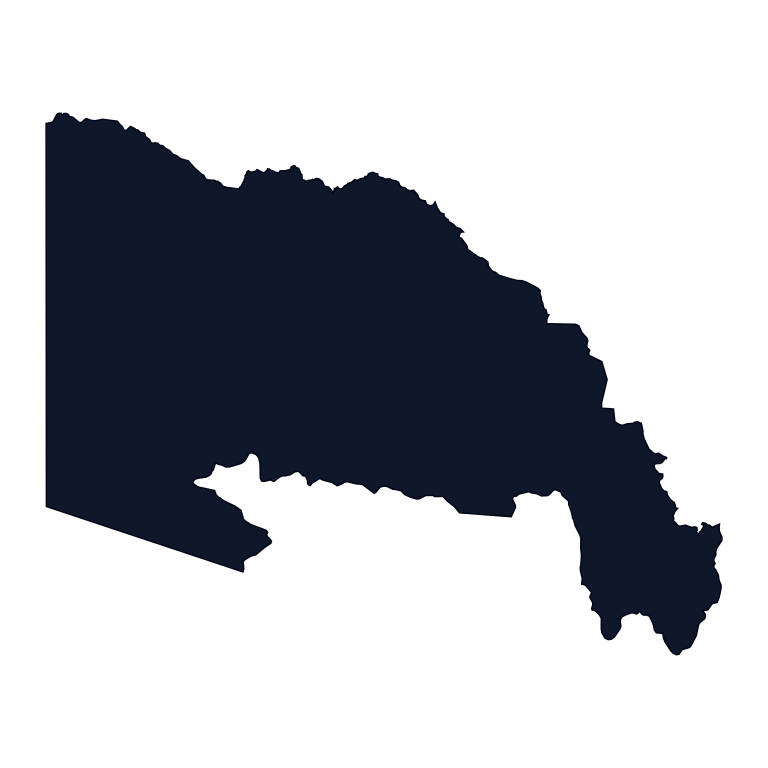 the district of Lagaip/Pogera District, Enga, Papua New Guinea
{"feature_id": "67681753B66216026756118", "entity_name": "Lagaip/Pogera District", "entity_type": "district", "adm_level": 2, "iso_a3": "PNG", "parent_name": "Papua New Guinea", "parent_adm1": "Enga", "projection": "orthographic", "projection_center": [143.276, -5.41], "detail": "fine", "context": "isolated", "style": "filled", "palette": "ink", "viewbox_px": 768, "rotation_deg": 0, "n_neighbors": 0, "source": "geoboundaries", "source_scale": "gbopen_adm2", "svg_char_len": 6111}
<svg xmlns="http://www.w3.org/2000/svg" viewBox="0 0 768 768"><path d="M46.1,123.5L46.4,506.5L242.9,571.9L243.8,568.8L243.1,561.7L245.1,559.5L251.0,556.1L255.8,554.8L264.6,547.4L270.8,543.3L271.5,541.3L269.8,538.8L267.3,536.6L266.7,534.7L267.7,532.3L265.9,530.2L250.9,524.6L245.4,521.1L243.5,519.4L241.0,510.4L235.1,506.2L225.2,501.5L221.6,499.3L220.3,497.9L218.6,497.3L216.1,494.9L214.6,490.5L197.7,486.9L193.4,483.6L192.9,482.0L193.5,480.7L195.4,479.1L198.7,478.1L206.0,477.1L209.1,475.6L211.1,473.8L211.8,471.5L213.3,469.8L215.2,463.7L216.6,463.3L217.8,464.1L222.4,465.2L225.7,467.0L229.5,466.9L238.1,464.4L241.4,463.3L244.2,461.4L246.1,459.0L248.8,453.6L251.6,452.7L255.9,454.5L257.4,455.9L258.8,458.1L260.0,463.5L260.3,478.1L261.6,481.0L264.3,481.4L270.5,479.9L273.8,481.5L279.9,476.8L283.0,475.7L285.1,475.9L290.3,474.7L295.3,471.6L298.2,471.4L299.7,472.2L302.9,475.8L305.0,476.0L306.4,477.6L307.5,480.5L307.6,483.2L308.4,484.8L310.2,485.6L312.0,483.2L319.7,478.4L323.0,480.1L331.8,482.4L337.2,485.7L340.8,484.4L344.5,482.2L347.6,481.7L355.9,483.8L362.3,484.3L374.2,493.3L375.9,492.2L380.2,487.0L384.0,486.1L387.5,486.6L392.8,489.3L395.0,489.3L401.1,490.8L404.8,494.6L410.0,497.0L416.5,498.9L419.1,498.9L425.7,495.5L432.9,495.4L434.8,496.6L443.0,496.4L447.0,500.8L454.1,506.3L459.6,512.8L511.2,516.7L515.5,507.4L515.3,505.1L512.7,500.1L512.5,498.0L514.0,496.3L516.5,496.1L518.7,494.1L528.8,491.7L531.6,492.9L536.4,493.6L541.5,495.9L547.6,495.6L550.0,493.9L552.8,490.7L555.1,489.5L561.0,492.1L561.8,494.7L562.9,496.0L568.6,501.0L568.8,504.9L571.5,512.1L572.6,517.9L573.8,520.4L575.1,525.6L580.0,535.1L580.9,538.6L580.8,548.6L581.5,555.4L580.9,564.3L580.3,567.4L580.5,570.9L582.3,578.6L581.7,584.3L583.8,584.4L585.9,585.7L591.6,592.4L589.8,597.1L592.8,602.9L592.7,605.5L591.7,608.1L592.0,609.9L594.8,610.6L597.4,612.8L599.7,615.2L601.3,618.4L601.3,629.1L601.9,632.7L605.0,638.2L608.3,639.6L611.5,639.2L614.5,636.9L619.7,629.3L620.9,626.3L620.3,622.1L620.4,619.5L621.9,616.9L625.3,615.0L631.7,612.8L633.7,612.9L636.4,614.0L638.5,612.7L639.7,611.0L641.7,614.0L643.5,615.1L646.9,615.0L649.6,616.5L653.0,623.5L654.5,630.2L656.4,632.8L661.9,633.3L663.0,634.2L663.4,637.5L664.9,641.7L670.9,650.9L672.9,653.0L676.3,654.7L679.0,654.3L682.2,649.6L689.6,647.4L691.5,644.8L696.3,635.5L698.6,624.5L700.5,621.9L704.6,618.8L705.4,616.4L705.3,614.3L703.0,611.0L704.2,610.3L706.4,610.4L708.1,609.6L711.6,604.4L713.3,603.3L717.1,602.5L719.1,597.4L721.0,588.7L721.1,585.3L719.0,580.2L718.3,575.0L715.7,569.9L713.8,567.8L713.9,565.2L715.1,563.6L713.8,561.1L713.9,558.9L715.9,554.8L715.7,551.3L716.8,548.1L721.9,540.4L721.9,537.1L719.4,531.3L719.1,527.6L719.5,524.1L713.7,526.6L712.6,527.5L709.3,525.1L707.5,525.0L705.6,523.3L702.5,522.7L701.8,524.4L703.7,525.3L703.4,527.4L701.9,529.3L701.3,531.0L699.6,532.0L699.2,534.6L696.0,531.7L697.2,530.3L696.8,527.5L695.1,526.9L691.7,527.4L685.2,525.2L679.4,526.3L677.3,525.0L675.8,522.9L673.3,520.7L673.8,518.5L673.1,515.6L674.7,511.9L677.6,508.4L675.5,507.9L675.2,505.1L674.2,502.5L671.2,500.4L669.2,497.9L667.3,494.9L666.7,491.7L663.9,490.9L661.8,488.7L659.1,482.5L659.8,480.1L662.1,478.5L662.8,476.8L662.7,474.1L658.2,473.3L657.4,471.5L655.4,469.9L654.1,466.7L654.3,464.4L656.4,463.6L659.9,463.5L662.0,462.6L665.1,458.7L666.4,458.7L666.6,457.5L663.1,456.1L658.4,453.1L656.0,454.0L653.4,453.1L649.0,449.1L644.4,439.6L642.9,434.2L642.9,430.8L641.3,423.3L637.7,421.9L634.9,422.1L633.0,423.4L627.6,423.7L622.6,425.3L620.0,424.8L614.9,421.8L613.5,409.0L601.6,408.2L601.6,402.6L607.1,379.7L601.8,361.7L591.1,356.3L589.2,355.8L588.7,353.1L589.7,350.5L589.0,349.2L587.5,348.4L586.7,345.9L587.7,340.5L586.9,338.1L582.1,332.9L578.8,325.8L575.7,324.3L546.6,323.7L546.9,318.9L548.8,314.8L547.7,314.7L546.8,313.4L546.0,309.8L544.4,309.1L543.4,306.8L542.8,303.5L541.5,300.5L541.0,296.4L539.8,293.7L540.3,290.6L537.7,288.1L526.2,282.1L522.2,280.7L517.1,280.5L509.7,278.6L498.8,275.2L495.7,272.5L491.7,270.7L488.3,266.0L487.9,262.0L482.5,258.0L480.3,257.8L477.9,256.7L467.6,249.4L467.1,246.3L465.6,243.9L461.4,238.3L458.9,237.4L460.3,232.3L463.4,231.9L460.4,228.8L455.9,227.1L453.6,224.6L448.5,221.3L448.1,219.5L446.6,218.9L444.1,216.6L443.9,213.8L440.7,212.9L439.6,211.5L437.4,208.0L435.1,202.0L433.1,204.9L430.5,205.8L427.1,204.6L426.2,203.7L425.4,200.9L421.8,200.2L419.8,199.2L418.6,197.6L417.7,194.9L413.6,190.2L411.7,190.5L410.4,191.3L409.6,190.5L407.2,189.9L405.2,187.9L402.0,187.2L399.8,185.5L398.5,182.2L395.9,180.8L392.3,180.2L390.1,178.9L384.9,179.0L383.2,177.9L378.3,176.7L377.5,173.7L375.2,173.5L373.1,172.3L369.4,173.3L368.3,174.1L367.4,176.4L365.0,176.5L364.7,177.8L359.8,179.0L357.1,180.5L354.9,179.4L351.4,182.4L347.9,183.4L347.7,184.3L344.5,185.9L342.6,188.4L339.7,189.2L337.6,187.0L336.9,187.1L335.4,188.9L334.4,188.5L334.0,190.9L332.7,192.8L331.9,190.7L328.6,187.0L324.5,186.3L322.2,181.3L319.1,179.0L316.2,178.4L313.8,179.8L312.6,179.3L310.9,180.4L308.5,180.2L307.8,180.8L305.6,181.3L304.6,180.3L302.2,179.6L301.9,174.6L301.0,174.0L298.9,168.9L298.2,168.1L296.1,167.6L295.0,165.9L293.8,165.5L291.0,167.2L290.7,169.3L284.7,170.9L280.8,170.7L279.6,171.3L279.3,172.8L275.6,172.4L272.8,170.9L271.5,170.8L269.5,169.1L267.7,168.8L267.0,170.3L264.2,172.8L262.5,172.5L257.0,169.6L255.6,171.2L252.4,172.1L250.5,172.1L248.4,170.7L246.6,172.3L246.6,173.8L245.0,175.6L245.2,178.5L244.3,179.2L243.8,181.6L243.0,182.3L241.4,186.0L239.9,187.1L239.0,189.0L226.9,187.4L222.7,186.2L220.8,183.4L217.7,181.2L216.2,181.3L214.5,180.3L207.4,179.9L205.7,178.9L203.7,175.2L202.1,174.6L194.7,168.1L188.2,160.8L180.7,158.8L176.7,155.7L172.9,154.3L169.3,150.3L165.9,148.6L162.6,145.6L159.8,145.4L157.6,143.2L155.6,142.9L152.3,143.2L151.1,142.7L149.7,139.8L145.6,136.6L144.5,133.2L140.9,132.4L139.3,131.6L137.7,129.8L136.0,129.9L135.0,128.7L130.4,126.4L126.8,130.0L125.1,130.6L124.0,129.9L122.2,126.5L120.0,124.6L117.4,121.2L102.5,119.3L95.2,120.8L91.4,120.4L86.2,118.6L83.4,120.6L82.2,122.2L79.3,122.7L73.2,117.5L68.7,116.1L68.6,114.7L66.4,113.5L64.0,113.5L63.1,114.8L62.2,114.6L61.1,113.3L59.1,113.3L56.9,114.3L53.2,121.4L52.1,122.3L46.1,123.5Z" fill="#0f172a" stroke="#020617" stroke-width="1.5"/></svg>